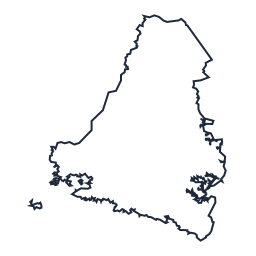 Soná, Veraguas, Panama
{"feature_id": "35544464B54310039107980", "entity_name": "Soná", "entity_type": "district", "adm_level": 2, "iso_a3": "PAN", "parent_name": "Panama", "parent_adm1": "Veraguas", "projection": "mercator", "projection_center": [-81.367, 7.878], "detail": "fine", "context": "isolated", "style": "outline", "palette": "slate", "viewbox_px": 256, "rotation_deg": 0, "n_neighbors": 0, "source": "geoboundaries", "source_scale": "gbopen_adm2", "svg_char_len": 5923}
<svg xmlns="http://www.w3.org/2000/svg" viewBox="0 0 256 256"><path d="M69.4,142.0L64.9,143.3L61.0,142.1L57.5,143.0L55.5,148.7L53.9,146.9L51.3,146.8L52.7,149.6L51.8,150.1L53.1,151.2L51.6,153.4L51.9,155.4L50.1,155.9L49.7,159.7L51.1,161.9L55.8,162.6L56.0,165.1L53.7,167.3L57.5,165.4L58.8,167.0L57.3,169.1L58.7,171.5L56.9,172.6L54.5,172.4L53.2,173.7L55.0,174.6L54.5,175.6L55.9,175.6L57.0,174.1L57.7,176.0L60.9,177.1L60.0,178.0L62.1,180.7L63.3,181.2L64.6,179.7L67.2,181.2L66.2,182.3L69.4,185.8L71.4,185.5L69.6,184.2L70.8,181.4L67.8,180.8L67.3,179.0L69.3,177.0L67.3,176.6L70.5,174.2L73.8,175.4L76.1,174.6L77.5,175.3L77.2,176.3L80.3,176.8L80.2,174.3L82.2,175.5L85.0,173.7L88.4,177.9L91.0,176.8L92.3,178.1L92.1,179.7L90.3,179.8L89.8,181.8L88.0,181.5L90.3,183.0L86.9,183.3L89.5,184.6L90.4,187.6L87.8,188.7L80.9,188.4L76.7,190.9L75.7,190.1L75.7,191.5L72.1,194.2L77.5,196.8L80.7,196.8L81.7,198.9L85.4,197.6L86.3,198.5L84.8,199.8L86.1,200.4L89.3,198.6L89.8,200.2L91.0,199.8L91.9,197.2L92.8,198.5L94.7,198.1L93.7,200.6L95.8,200.4L96.5,201.8L97.6,199.0L100.7,200.2L101.1,201.5L101.6,200.1L103.4,200.4L102.5,199.7L103.2,198.7L106.8,200.2L108.3,199.1L110.4,202.6L112.9,201.2L112.9,203.3L115.6,203.6L116.7,205.1L115.4,207.0L114.0,206.8L114.8,207.4L113.6,210.3L114.3,211.2L117.8,210.5L119.5,211.4L122.3,209.1L123.8,209.8L123.5,211.9L125.7,211.1L128.6,213.8L131.4,212.2L130.2,210.0L131.5,208.7L132.8,209.9L134.6,209.5L134.0,211.0L139.2,214.1L139.5,216.0L140.5,214.8L144.7,215.8L146.4,215.0L148.2,216.9L150.9,217.1L156.1,219.8L156.8,218.9L160.0,219.7L165.7,223.1L167.4,222.3L166.2,221.6L167.9,217.3L165.6,217.2L165.1,216.5L168.1,216.0L168.8,217.7L167.8,218.4L173.3,219.9L173.5,222.0L175.8,222.5L176.9,225.7L179.3,226.1L179.7,227.4L178.5,228.5L180.1,230.0L187.3,230.2L187.3,231.4L188.8,232.1L188.4,233.6L190.4,232.7L194.8,233.5L196.8,235.2L196.8,237.4L200.6,240.6L206.0,237.4L205.9,236.3L209.1,234.3L211.3,231.1L213.7,222.2L212.4,221.8L211.2,217.5L208.6,215.8L215.4,202.5L215.1,197.5L211.2,196.2L208.1,199.7L208.2,198.4L206.2,198.5L206.2,199.2L207.0,199.8L207.2,200.6L206.1,199.5L203.8,201.1L206.1,197.8L204.4,197.4L202.4,198.6L203.0,200.3L202.0,200.3L201.2,202.8L198.7,202.9L197.7,201.6L198.5,200.7L195.8,200.3L196.4,199.2L195.0,199.1L196.1,198.4L195.6,196.2L192.1,195.6L192.6,194.3L189.5,192.5L189.1,191.4L187.0,192.1L186.6,190.7L187.0,189.5L194.4,195.0L194.0,193.0L192.2,191.9L191.8,190.5L192.2,189.7L192.8,191.9L195.0,193.6L194.7,194.4L196.9,195.2L197.5,197.8L199.9,198.8L201.5,197.7L200.8,197.2L202.0,197.5L206.2,194.7L206.2,193.2L203.3,192.0L201.8,189.4L198.6,189.8L198.1,189.1L198.1,188.5L198.4,188.2L198.8,189.6L201.9,189.0L201.7,186.3L199.8,186.0L201.8,185.8L201.7,182.0L195.7,182.3L193.8,180.8L191.2,180.6L191.6,179.3L190.7,179.0L192.2,179.5L191.9,178.1L194.1,179.6L194.2,177.0L197.8,179.8L197.3,176.0L200.7,177.8L201.1,176.9L202.8,179.0L203.7,178.1L204.7,180.8L207.3,181.7L205.3,181.8L205.2,183.7L202.9,182.4L203.0,189.5L205.3,191.4L206.2,189.4L208.0,188.7L207.8,187.8L207.3,187.2L207.2,186.7L208.2,188.6L209.3,187.9L208.6,185.9L210.0,183.4L209.3,183.2L210.8,182.3L209.8,181.8L208.4,180.0L208.4,179.7L211.1,182.1L215.0,178.5L210.1,175.7L205.8,176.1L205.5,175.6L205.4,174.9L205.9,175.9L207.2,175.4L206.6,174.4L207.6,175.3L208.7,175.3L208.0,175.0L207.6,173.8L206.7,173.8L206.8,173.0L207.8,173.8L208.1,174.9L210.5,174.4L210.3,175.3L213.1,176.5L213.0,175.3L214.2,176.7L214.0,175.7L214.9,177.0L216.6,176.0L215.7,177.0L215.7,177.6L219.4,178.9L215.8,178.0L210.8,184.0L210.2,186.3L214.0,185.5L220.7,180.6L222.2,181.5L221.1,179.1L224.1,175.6L225.7,170.7L223.6,166.3L224.9,161.8L224.3,161.6L222.2,162.2L221.4,162.1L221.5,162.8L220.5,161.1L222.3,162.0L224.7,161.0L225.1,156.5L219.9,151.8L220.3,146.9L217.7,148.8L217.1,148.2L216.7,146.5L217.9,148.5L220.1,146.4L220.8,144.7L219.6,143.9L221.0,144.1L219.9,142.9L221.1,143.9L222.2,142.9L221.8,139.3L217.1,139.9L216.3,141.9L216.3,139.9L210.8,140.9L210.0,143.9L211.1,144.7L210.1,144.4L209.8,143.7L210.6,140.7L208.7,140.4L208.8,139.0L206.2,139.8L206.2,140.0L206.4,140.4L206.4,140.7L206.0,139.8L207.3,138.9L204.9,138.8L208.8,138.6L209.1,139.0L209.1,140.3L213.7,139.1L210.9,133.4L208.1,132.6L208.8,132.9L208.8,133.5L207.9,133.5L207.8,134.5L206.1,134.6L206.3,135.3L205.9,135.3L205.9,134.4L207.7,134.4L207.8,133.3L208.7,133.1L204.0,131.0L203.2,126.0L201.0,124.8L200.5,125.3L200.8,126.3L200.5,126.7L200.3,125.5L201.0,124.7L203.8,125.3L206.4,123.9L204.7,124.1L203.1,123.1L202.8,122.5L203.1,122.2L204.0,122.4L203.4,121.6L203.4,121.2L204.7,120.6L203.8,120.7L201.4,119.3L201.4,119.2L204.8,120.4L204.7,121.0L203.6,121.5L204.2,122.2L204.1,122.7L203.0,122.6L204.9,123.8L212.3,124.0L213.4,120.8L204.4,118.4L200.1,113.2L198.4,109.1L198.5,104.3L196.5,103.1L199.0,98.1L197.4,97.6L198.5,96.3L196.9,94.0L198.2,91.5L196.4,88.8L193.0,87.4L194.1,84.7L193.6,81.2L200.5,80.4L208.7,77.3L203.3,72.3L204.3,71.1L203.0,69.6L206.0,65.4L205.7,62.9L211.9,59.7L187.3,25.4L186.0,25.0L185.4,22.5L181.2,18.9L178.7,20.4L167.1,21.9L163.7,20.7L159.0,16.9L154.4,15.4L149.4,17.3L144.1,16.0L145.0,17.1L144.1,18.7L145.4,19.5L142.5,23.4L142.7,26.1L139.7,25.1L136.7,29.2L139.8,31.4L140.5,33.6L138.0,36.0L137.5,40.3L134.8,41.6L136.8,43.9L136.4,46.0L137.4,46.3L136.8,47.7L131.0,49.9L130.2,53.8L127.3,54.4L127.2,56.3L125.4,57.6L126.0,60.2L124.6,64.5L126.1,65.4L126.1,66.8L127.6,66.7L128.0,69.1L125.0,69.4L124.6,72.2L121.0,74.9L121.0,80.5L116.0,90.8L108.6,92.4L102.9,110.2L91.6,121.0L91.6,130.1L79.3,142.9L74.4,144.5L69.4,142.0ZM41.4,205.4L40.3,202.7L39.0,203.7L37.7,203.1L30.5,205.6L33.5,206.2L34.5,209.0L36.3,207.1L39.7,208.4L41.4,207.7L41.4,205.4ZM59.2,179.2L56.1,178.0L53.9,178.8L53.5,179.6L56.6,180.8L55.5,181.9L55.0,180.9L53.8,182.0L51.6,181.4L50.5,182.3L51.8,182.7L50.7,183.3L51.1,184.3L53.7,183.7L55.2,185.1L56.3,184.8L55.3,183.9L56.3,183.2L58.0,183.4L59.2,179.2ZM81.0,179.5L78.7,181.1L81.2,184.4L82.4,183.6L81.4,181.6L82.4,180.7L81.0,179.5ZM31.3,203.6L31.9,200.5L30.3,201.9L31.3,203.6Z" fill="none" stroke="#1e293b" stroke-width="2"/></svg>